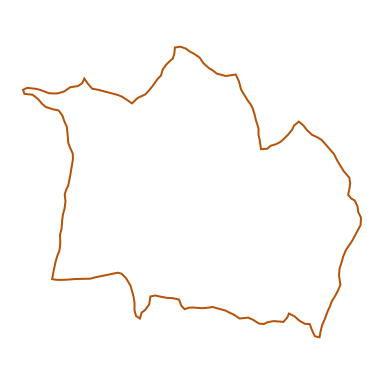 Platina, São Paulo, Brazil (Robinson projection)
{"feature_id": "56859067B47718729425481", "entity_name": "Platina", "entity_type": "district", "adm_level": 2, "iso_a3": "BRA", "parent_name": "Brazil", "parent_adm1": "São Paulo", "projection": "robinson", "projection_center": [-50.219, -22.62], "detail": "fine", "context": "isolated", "style": "outline", "palette": "amber", "viewbox_px": 384, "rotation_deg": 0, "n_neighbors": 0, "source": "geoboundaries", "source_scale": "gbopen_adm2", "svg_char_len": 2317}
<svg xmlns="http://www.w3.org/2000/svg" viewBox="0 0 384 384"><path d="M52.1,279.1L57.0,279.9L61.4,279.9L68.0,279.6L75.5,279.0L90.2,278.7L94.5,277.5L117.8,272.7L121.6,273.7L126.4,278.7L130.6,285.9L132.2,291.7L133.5,296.5L134.5,302.5L134.5,310.2L136.0,315.9L139.9,318.5L141.6,312.6L145.0,310.1L149.2,304.4L150.4,296.5L155.2,295.5L159.7,296.5L167.2,297.9L172.2,298.1L179.0,299.5L181.4,305.8L184.6,309.2L188.8,307.7L193.1,307.5L197.7,307.9L202.4,308.2L207.7,307.7L212.8,307.0L218.6,308.7L225.0,310.4L229.9,312.8L233.9,314.7L239.5,318.5L244.1,318.1L248.0,317.6L252.9,319.7L259.0,323.6L264.0,324.0L267.9,322.1L273.7,321.1L283.4,321.9L287.2,317.6L289.0,313.5L294.6,316.4L299.4,320.7L305.0,323.8L309.8,324.1L311.6,329.3L314.9,336.3L319.5,337.3L320.5,331.8L322.0,325.5L324.7,319.2L328.0,310.4L329.9,306.5L331.7,301.5L335.4,295.5L337.9,290.7L340.4,284.9L339.0,275.3L339.6,268.4L341.7,262.1L343.1,256.7L346.0,249.9L352.2,240.8L356.4,232.9L358.6,228.8L360.6,225.0L361.0,217.7L358.2,212.0L357.6,206.7L354.7,200.5L351.2,198.5L348.1,194.7L349.3,189.5L350.2,183.5L349.3,177.7L343.9,171.4L340.5,165.9L337.3,160.7L334.0,154.1L330.3,149.8L325.5,144.3L321.8,140.0L317.0,137.1L311.8,134.7L306.8,129.9L303.5,125.6L298.8,121.6L294.0,125.6L292.0,129.9L288.2,134.5L283.6,139.1L280.5,141.9L275.8,144.3L270.6,145.8L267.3,148.7L261.0,149.2L259.7,140.0L258.5,134.7L258.5,128.2L256.1,120.8L254.4,113.8L252.8,108.6L250.7,104.5L248.0,100.9L244.9,95.9L241.0,89.4L239.1,81.8L235.8,74.5L225.7,76.0L221.5,74.8L217.1,73.8L212.4,70.2L209.0,68.2L203.6,63.4L199.5,57.5L194.2,53.9L189.4,51.3L185.9,48.6L180.3,46.7L174.9,47.5L174.3,53.9L172.8,58.5L168.9,61.9L166.0,64.9L162.7,69.5L161.0,75.5L157.7,78.8L153.1,85.3L149.1,90.4L145.3,94.4L137.6,98.0L132.0,103.4L127.7,100.4L122.3,96.8L117.7,94.9L98.2,89.8L92.2,88.7L88.0,83.9L84.3,78.6L82.2,83.2L77.9,86.1L70.3,87.2L64.1,91.5L58.1,93.3L54.3,93.5L48.9,93.2L40.0,89.8L35.0,88.7L27.2,87.9L23.0,89.8L24.5,93.9L32.5,94.7L38.0,99.0L41.9,103.6L45.6,106.9L52.2,109.1L58.6,110.5L62.4,115.5L64.2,121.0L66.9,127.1L67.8,136.7L68.3,143.1L70.4,148.4L72.8,153.7L72.9,159.5L71.2,169.6L69.8,178.0L68.2,185.5L66.3,189.5L64.7,194.2L65.5,201.3L64.5,208.9L62.9,214.6L62.1,221.2L61.6,228.6L60.0,234.8L60.3,241.1L60.0,246.6L59.3,251.1L57.6,255.0L55.6,261.7L54.3,267.7L52.1,279.1Z" fill="none" stroke="#b45309" stroke-width="2"/></svg>